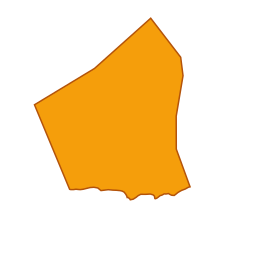 the district of Alamn, Matruh, Egypt, rotated 149°
{"feature_id": "37247803B41250479572628", "entity_name": "Alamn", "entity_type": "district", "adm_level": 2, "iso_a3": "EGY", "parent_name": "Egypt", "parent_adm1": "Matruh", "projection": "robinson", "projection_center": [28.773, 30.785], "detail": "fine", "context": "isolated", "style": "filled", "palette": "amber", "viewbox_px": 256, "rotation_deg": 149, "n_neighbors": 0, "source": "geoboundaries", "source_scale": "gbopen_adm2", "svg_char_len": 961}
<svg xmlns="http://www.w3.org/2000/svg" viewBox="0 0 256 256"><g transform="rotate(149 128 128)"><path d="M209.6,105.5L208.8,104.7L206.5,103.3L204.3,102.4L203.3,101.7L202.4,101.0L200.7,99.8L198.0,98.6L191.2,96.5L187.8,94.8L184.8,92.2L183.4,88.3L181.4,87.4L176.7,85.3L172.9,82.5L170.0,80.6L166.9,78.3L165.4,76.8L164.3,74.9L164.0,72.1L164.1,70.3L164.5,68.8L163.7,68.4L163.0,66.5L163.0,65.3L160.2,64.3L156.8,64.4L154.2,64.8L151.2,64.6L147.3,62.2L142.9,59.9L141.5,58.4L141.0,57.8L140.6,56.9L140.5,55.8L140.7,55.2L141.0,54.6L141.3,53.7L140.8,53.2L139.3,53.0L137.3,53.2L135.4,53.5L133.5,53.0L131.4,52.9L130.5,52.7L129.7,52.0L128.5,51.5L127.1,51.0L126.4,49.7L125.9,48.9L125.4,48.1L124.3,47.2L124.0,47.0L123.1,46.4L121.1,46.6L118.4,47.0L116.2,47.0L114.1,46.9L110.3,46.2L106.8,46.1L105.1,45.6L104.7,47.8L97.5,85.0L80.6,113.3L53.9,144.5L46.4,161.5L52.0,210.4L126.0,196.3L196.2,196.1L209.6,105.6L209.6,105.5Z" fill="#f59e0b" stroke="#b45309" stroke-width="1.5"/></g></svg>